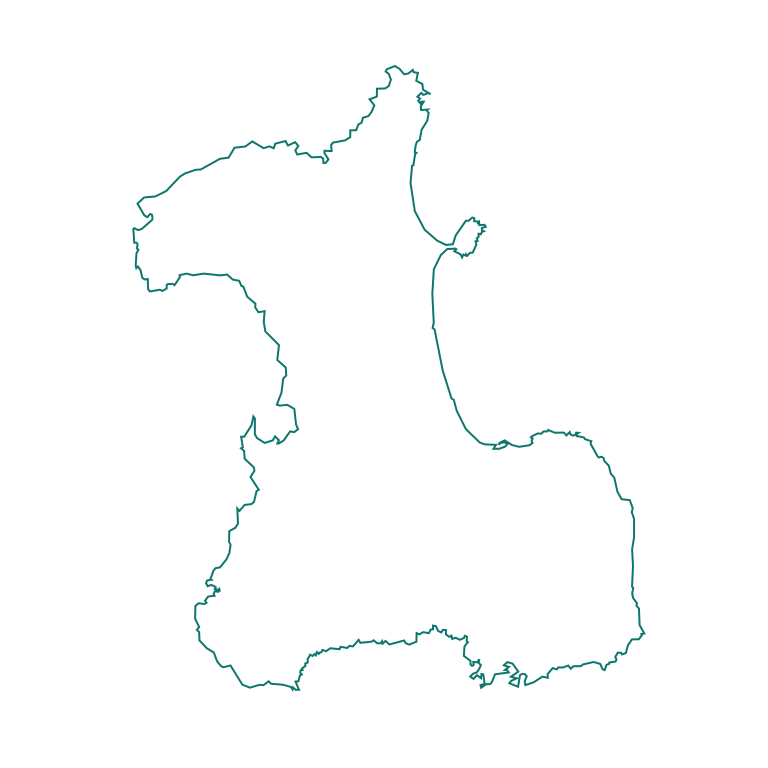 Pangandaran, Jawa Barat, Indonesia (Mercator projection), rotated 264°
{"feature_id": "22746128B59857718615465", "entity_name": "Pangandaran", "entity_type": "district", "adm_level": 2, "iso_a3": "IDN", "parent_name": "Indonesia", "parent_adm1": "Jawa Barat", "projection": "mercator", "projection_center": [108.519, -7.64], "detail": "fine", "context": "isolated", "style": "outline", "palette": "teal", "viewbox_px": 768, "rotation_deg": 264, "n_neighbors": 0, "source": "geoboundaries", "source_scale": "gbopen_adm2", "svg_char_len": 6081}
<svg xmlns="http://www.w3.org/2000/svg" viewBox="0 0 768 768"><g transform="rotate(264 384 384)"><path d="M226.1,209.0L218.7,201.6L218.5,197.3L216.1,194.8L208.1,191.0L207.3,191.9L207.1,187.6L204.5,186.2L201.3,187.5L202.2,190.9L201.1,193.5L199.6,195.4L198.0,194.3L196.4,197.6L197.5,198.7L195.6,199.0L194.6,197.3L195.7,194.3L193.0,192.6L191.1,193.3L191.0,186.9L187.1,183.3L185.0,184.6L184.0,182.6L185.3,176.6L182.9,173.2L170.2,171.6L161.6,174.8L159.0,172.2L156.7,174.2L148.2,173.7L139.8,180.1L134.7,186.7L125.7,189.0L120.4,192.5L119.1,194.6L120.1,201.9L99.8,211.7L96.0,219.0L97.8,228.6L97.1,232.7L100.4,238.2L97.7,240.3L95.5,252.1L92.4,259.8L89.8,261.1L91.8,261.7L89.1,264.3L88.8,267.5L97.3,264.9L97.3,267.8L102.8,269.9L103.7,271.9L105.4,270.5L108.0,271.1L108.1,273.1L109.7,272.7L111.7,276.3L114.3,276.5L115.0,279.0L118.4,279.3L122.5,282.3L121.0,284.5L122.7,286.8L121.3,287.8L124.4,289.3L121.8,291.3L123.5,291.0L123.7,293.6L126.0,294.9L124.3,298.5L126.8,303.0L124.9,312.1L127.2,313.3L125.3,319.9L127.1,322.1L126.3,325.8L132.2,332.0L129.1,333.4L129.0,344.7L130.2,346.8L126.9,350.1L126.4,353.7L128.4,355.2L126.0,355.6L128.3,358.6L124.4,362.2L126.8,377.2L124.0,378.5L122.2,381.7L124.3,389.3L132.9,390.4L131.3,393.0L133.1,396.9L131.5,402.6L134.9,404.8L135.0,407.1L138.6,407.5L137.8,410.2L132.8,412.0L130.9,415.0L133.3,416.8L132.8,419.9L128.6,419.4L125.7,422.5L125.8,424.1L127.5,424.7L123.3,425.2L124.2,428.6L121.7,432.7L123.0,436.9L125.1,438.1L124.0,440.1L119.3,439.3L118.5,440.4L114.6,436.6L105.3,435.0L99.7,441.0L95.9,440.8L94.4,442.2L95.3,443.9L98.2,443.7L97.5,447.6L100.4,450.0L96.6,449.0L94.4,451.0L91.2,449.2L87.5,446.2L86.6,442.3L84.0,439.2L81.4,442.2L84.7,446.0L81.2,449.8L85.4,450.6L84.9,452.4L76.2,452.7L74.9,452.0L74.5,448.5L71.8,448.9L74.8,454.3L74.4,457.8L75.6,459.7L83.7,464.1L84.1,477.9L86.7,476.5L87.0,474.5L89.6,478.7L91.7,473.8L94.5,477.6L92.5,482.6L83.9,487.5L79.6,479.6L77.4,485.3L75.5,479.5L73.3,477.4L68.9,485.7L80.2,488.8L81.3,491.2L80.6,494.0L78.4,495.4L73.8,492.9L69.8,493.1L71.7,501.8L76.4,510.9L74.7,516.2L78.4,516.4L83.8,522.0L82.1,526.1L84.0,527.8L83.3,532.0L84.7,537.8L81.3,540.0L83.5,542.8L82.8,550.3L84.3,552.5L85.6,563.5L83.0,569.8L77.5,571.5L76.4,573.5L81.5,576.0L82.2,578.7L83.5,579.0L83.8,585.2L85.5,586.4L88.4,585.5L92.4,588.4L91.8,591.8L90.2,592.4L91.1,596.4L98.7,599.3L104.1,603.9L103.5,610.8L107.2,614.2L108.4,613.8L108.6,616.8L117.6,613.0L134.0,614.1L137.1,611.9L139.6,612.7L145.0,609.4L149.9,608.9L155.1,610.6L156.5,609.5L176.9,612.6L193.8,613.5L205.5,616.7L223.8,618.6L230.5,617.0L234.5,618.4L242.8,616.3L244.6,608.2L252.5,604.9L266.9,603.2L271.1,600.2L279.3,599.0L284.4,595.1L287.5,594.6L288.9,592.7L288.5,589.8L290.1,588.7L303.0,583.2L305.4,584.2L308.2,578.0L310.0,577.2L312.0,570.4L314.2,570.5L315.1,572.3L315.5,570.1L313.3,568.8L312.9,566.5L314.5,564.1L316.8,563.7L313.8,560.1L316.9,557.7L317.7,548.7L321.1,542.5L319.8,541.5L320.1,537.6L318.1,535.3L318.8,531.7L316.6,525.8L315.5,524.5L314.3,526.1L311.8,524.8L310.0,525.6L307.9,522.4L307.4,511.9L309.9,505.0L315.3,498.1L313.4,492.9L311.5,491.6L313.3,493.9L313.3,498.0L311.5,500.6L309.1,497.9L307.5,491.7L308.1,486.1L311.8,489.0L313.4,478.0L315.7,473.2L330.6,460.7L349.8,453.5L360.9,451.8L362.6,449.6L391.3,443.8L433.0,440.0L434.6,438.2L439.9,439.9L468.8,441.5L493.0,445.6L506.3,454.0L511.6,461.0L511.2,469.1L510.5,470.0L508.7,467.8L505.1,473.5L501.7,474.9L504.5,476.4L503.1,478.9L504.3,479.2L502.8,480.1L505.5,483.3L505.4,486.0L513.0,490.4L516.4,490.0L516.4,492.0L519.2,491.5L520.3,493.4L523.6,493.8L522.8,496.0L525.0,497.2L525.5,499.2L526.7,497.5L528.9,497.6L529.7,501.6L531.8,500.7L532.1,495.4L535.5,495.5L534.6,494.2L535.7,494.2L536.6,490.6L539.4,491.2L540.3,489.3L537.4,485.0L537.8,482.5L524.5,471.0L515.8,467.1L515.8,460.2L521.0,451.9L533.1,440.6L552.7,432.7L581.1,431.4L598.1,434.7L598.5,436.1L609.5,439.0L610.4,440.4L611.5,438.8L617.8,440.4L621.4,442.0L623.0,445.1L633.0,448.0L641.2,454.5L648.9,456.8L651.9,454.9L652.4,455.8L652.6,449.6L656.1,449.6L660.7,453.0L660.9,450.6L659.2,449.5L662.1,447.6L664.2,449.7L666.2,447.2L669.6,451.6L667.4,453.4L668.7,458.6L667.3,460.7L672.6,453.6L678.3,453.5L682.2,447.8L689.9,450.2L691.0,446.0L693.3,445.5L690.2,440.5L690.0,436.4L695.9,432.3L699.1,428.1L696.7,419.6L694.6,418.3L692.0,421.1L686.0,422.7L679.9,419.9L677.8,416.0L678.4,407.9L670.6,406.9L668.6,399.4L662.2,403.5L656.1,400.2L652.1,396.5L651.0,390.9L646.3,389.1L644.7,385.5L639.3,382.9L639.8,377.0L633.0,376.2L630.4,370.9L629.4,358.4L627.2,356.4L621.1,356.2L622.2,349.2L620.2,348.8L613.2,352.2L610.0,349.2L610.0,346.9L614.5,347.0L616.4,345.0L617.0,335.6L622.0,331.2L621.3,321.7L625.6,320.2L629.7,323.7L633.8,320.9L631.2,313.4L635.9,311.5L634.4,301.0L630.0,298.9L632.3,294.9L631.1,288.9L639.0,278.4L634.7,270.9L634.6,260.0L625.4,253.2L625.1,244.4L616.5,224.2L616.7,218.9L614.2,208.0L611.6,202.8L598.7,187.6L594.4,176.1L594.6,165.0L589.2,157.7L576.9,163.2L574.6,166.0L577.5,169.2L576.8,170.8L573.9,171.2L571.5,170.6L563.6,159.4L562.7,155.6L565.1,151.9L564.2,150.9L550.6,150.4L550.5,152.6L548.7,153.6L544.7,152.4L543.2,153.8L539.8,151.5L527.5,149.4L525.1,149.8L526.6,151.6L522.9,153.7L514.8,154.8L512.9,157.1L513.1,160.0L502.9,159.3L500.5,161.0L501.2,170.9L499.7,173.3L501.6,177.8L505.4,178.3L505.9,179.6L505.7,184.2L504.2,186.0L511.4,192.1L513.6,192.0L514.4,199.1L512.1,205.6L512.6,216.4L509.1,232.7L509.3,239.4L503.6,244.6L501.8,250.7L496.4,252.5L495.5,254.3L485.1,257.1L477.3,264.5L473.7,263.9L468.5,266.6L468.9,272.9L458.2,270.9L448.7,271.5L433.6,283.6L419.0,280.4L410.6,288.0L402.8,287.7L400.0,284.4L386.0,281.1L374.7,275.3L373.4,277.9L373.4,285.6L368.6,292.2L353.0,292.3L348.1,293.8L345.5,289.7L346.7,285.7L338.2,278.2L335.7,272.7L335.9,271.7L339.1,273.6L343.3,270.2L339.5,267.4L337.9,259.1L343.5,252.1L347.4,250.3L363.3,252.0L365.4,250.7L356.9,248.0L346.2,239.5L346.5,236.4L335.9,237.0L335.0,235.1L332.0,237.9L324.2,237.6L314.5,246.0L311.1,246.0L305.5,241.5L291.9,248.4L290.7,246.0L280.3,242.4L278.4,239.5L278.3,232.7L272.9,227.0L275.5,225.1L260.4,224.2L256.6,221.2L253.9,214.8L243.4,213.4L240.0,214.6L232.2,212.6L226.1,209.0Z" fill="none" stroke="#0f766e" stroke-width="2"/></g></svg>